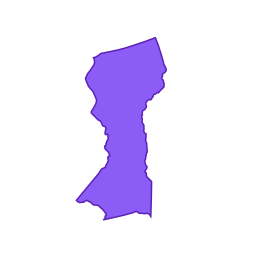 outline of Itaporanga d'Ajuda, Sergipe, Brazil, rotated 213°
{"feature_id": "56859067B93540245616109", "entity_name": "Itaporanga d'Ajuda", "entity_type": "district", "adm_level": 2, "iso_a3": "BRA", "parent_name": "Brazil", "parent_adm1": "Sergipe", "projection": "orthographic", "projection_center": [-37.32, -11.059], "detail": "fine", "context": "isolated", "style": "filled", "palette": "violet", "viewbox_px": 256, "rotation_deg": 213, "n_neighbors": 0, "source": "geoboundaries", "source_scale": "gbopen_adm2", "svg_char_len": 3089}
<svg xmlns="http://www.w3.org/2000/svg" viewBox="0 0 256 256"><g transform="rotate(213 128 128)"><path d="M190.6,146.3L187.6,143.9L184.0,141.6L182.6,141.0L180.2,140.3L178.0,139.8L176.8,139.3L175.8,138.6L170.5,135.1L169.2,133.7L168.1,130.6L167.9,126.9L167.7,125.1L167.8,123.4L167.7,121.8L167.1,120.7L166.1,120.4L163.4,119.8L161.3,119.4L157.7,118.5L155.7,118.7L154.4,118.6L152.4,117.5L150.8,116.2L149.4,116.2L148.3,116.7L146.7,116.1L145.8,114.4L145.1,112.4L144.1,110.6L142.8,110.4L141.7,111.7L140.6,110.8L140.0,109.5L138.6,108.2L138.7,106.6L138.3,104.2L137.8,102.6L137.1,101.6L137.7,100.1L136.8,99.0L135.9,98.1L134.0,97.6L131.2,97.0L129.4,95.7L128.2,95.0L129.1,92.9L128.3,91.3L126.9,90.5L126.7,89.1L126.4,87.9L126.2,86.7L126.2,85.3L126.1,83.9L125.6,82.8L126.4,81.4L127.5,79.9L127.9,78.2L127.8,74.0L131.9,39.2L129.9,38.8L127.8,39.2L126.8,40.1L125.9,40.8L124.9,41.5L124.1,43.4L123.2,44.9L120.6,45.0L118.9,45.5L117.3,45.0L114.9,44.7L112.2,46.3L110.9,46.6L109.7,46.8L108.0,46.2L105.6,46.1L103.9,45.6L102.8,45.2L101.6,45.0L100.6,44.2L99.4,43.8L98.6,42.7L99.2,41.6L98.5,40.5L97.8,39.3L98.8,37.4L84.0,52.6L78.8,58.5L77.7,59.6L76.5,61.5L75.2,62.7L73.8,62.7L72.6,62.6L71.3,63.1L69.9,64.1L68.5,64.6L67.3,65.3L65.9,66.5L64.0,67.3L62.8,67.3L61.8,66.6L60.7,66.2L69.5,80.7L70.4,82.2L71.6,84.1L73.0,86.3L79.0,95.9L85.4,97.3L86.7,98.2L87.4,99.5L88.6,100.3L90.0,100.4L90.3,102.5L90.3,103.6L90.4,104.8L91.1,106.0L92.4,106.4L93.5,107.1L94.4,107.8L95.3,108.6L96.1,110.0L96.3,111.1L96.8,112.5L97.6,113.7L97.8,115.1L98.7,116.3L98.7,117.9L99.5,119.4L100.5,120.7L101.4,121.8L102.2,122.7L102.8,123.7L103.6,124.8L104.4,125.7L105.5,126.3L106.5,127.1L106.8,128.3L107.8,129.0L107.9,130.3L108.8,131.5L109.8,133.0L111.0,132.8L112.4,133.3L113.3,134.3L114.1,136.0L115.3,137.5L116.1,138.9L117.9,139.8L119.2,140.4L119.9,141.5L120.9,143.3L122.1,144.3L122.9,145.2L123.0,146.6L124.0,148.1L124.7,149.3L125.1,150.4L124.5,151.7L123.9,152.9L123.9,154.3L124.1,155.9L124.8,156.7L125.8,157.4L126.7,158.9L126.8,160.4L126.4,161.8L126.1,163.1L124.7,163.7L124.0,164.8L124.2,165.9L124.1,167.8L124.7,169.9L123.5,171.4L123.1,172.8L122.6,173.9L121.5,174.3L121.5,175.9L121.2,177.5L120.8,179.3L120.4,180.8L120.3,182.4L121.4,184.0L122.3,185.3L123.5,186.0L124.1,187.0L125.4,187.5L126.5,187.7L127.1,188.8L127.2,190.3L128.1,191.3L128.3,192.7L127.7,193.8L127.3,195.2L127.3,196.9L127.9,198.1L129.3,199.1L131.0,200.1L132.9,201.1L134.0,202.4L140.4,207.9L143.8,210.7L145.0,211.7L145.9,212.4L147.1,213.4L148.6,214.6L154.3,218.6L155.3,217.4L156.0,216.2L157.2,214.7L158.0,213.7L158.8,212.5L159.5,211.6L160.2,210.7L161.0,209.6L162.4,207.8L163.9,206.0L164.9,204.7L165.8,203.6L166.7,202.4L167.6,201.4L168.4,200.3L169.6,198.8L170.3,198.0L171.3,196.8L172.3,195.5L173.4,194.2L174.2,193.2L175.2,192.1L176.4,190.8L177.6,189.5L179.0,187.9L181.6,185.4L183.2,183.7L185.1,181.8L186.6,180.4L187.6,179.5L189.6,177.3L190.7,176.6L191.4,175.4L192.1,173.6L192.8,171.8L193.9,169.6L195.3,168.1L193.9,167.4L192.4,165.6L191.5,164.3L191.1,162.7L190.9,161.1L191.0,159.9L191.0,155.7L191.4,152.3L191.4,150.8L190.6,146.3Z" fill="#8b5cf6" stroke="#5b21b6" stroke-width="1.5"/></g></svg>